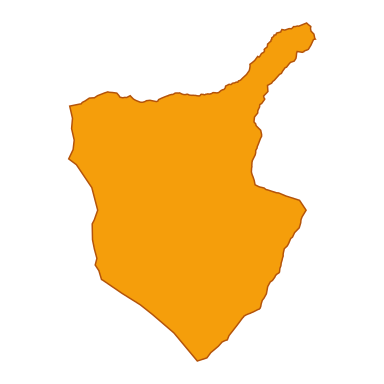 the district of Santa María Teopoxco, Puebla, Mexico
{"feature_id": "50627088B27256400122103", "entity_name": "Santa María Teopoxco", "entity_type": "district", "adm_level": 2, "iso_a3": "MEX", "parent_name": "Mexico", "parent_adm1": "Puebla", "projection": "albers", "projection_center": [-96.962, 18.176], "detail": "fine", "context": "isolated", "style": "filled", "palette": "amber", "viewbox_px": 384, "rotation_deg": 0, "n_neighbors": 0, "source": "geoboundaries", "source_scale": "gbopen_adm2", "svg_char_len": 4878}
<svg xmlns="http://www.w3.org/2000/svg" viewBox="0 0 384 384"><path d="M306.1,210.2L299.5,200.3L285.9,196.0L279.3,193.2L278.3,192.9L276.5,192.8L267.6,189.9L265.9,189.5L264.1,188.0L263.2,187.8L262.1,187.5L259.7,187.0L258.5,186.5L257.3,185.9L255.1,184.8L254.9,183.9L254.2,180.4L253.1,177.1L252.2,174.9L251.8,173.6L251.4,171.9L251.6,168.0L251.9,166.8L251.8,165.8L252.0,162.2L252.3,161.0L252.3,160.7L255.2,154.9L255.7,152.7L255.7,150.5L256.7,148.7L257.0,148.3L257.3,146.3L257.6,145.9L258.6,143.4L260.1,139.4L261.0,137.3L261.5,136.7L261.6,136.0L261.6,134.4L260.7,130.3L256.5,126.1L256.0,125.4L255.9,125.0L255.8,124.1L255.3,123.3L254.3,122.5L254.0,121.4L254.5,117.0L257.5,113.3L257.7,113.0L257.8,110.7L258.6,109.0L259.6,106.9L259.7,105.0L260.0,104.4L261.6,103.6L264.4,99.7L264.7,99.3L264.6,98.6L264.0,98.0L263.6,96.0L265.6,94.0L267.9,91.5L267.5,85.4L271.6,83.2L272.7,81.5L274.4,80.2L279.5,74.4L281.4,73.4L282.5,71.3L285.1,67.7L286.5,67.2L289.3,63.6L290.6,62.3L292.5,61.7L294.2,61.1L295.9,58.5L296.3,56.5L296.6,53.2L297.2,51.5L302.3,52.3L303.9,51.7L304.3,51.0L307.5,49.8L308.4,49.3L310.9,45.2L313.5,39.5L315.3,39.1L314.8,38.5L313.9,34.1L311.0,31.1L310.5,28.6L310.8,26.5L308.3,24.6L306.6,23.0L300.4,25.5L298.7,26.2L297.4,26.0L295.3,26.6L293.5,26.6L292.6,27.8L291.4,28.7L289.1,28.6L284.8,30.1L281.9,29.5L281.1,31.0L280.7,32.0L276.5,33.1L275.9,34.8L274.8,35.0L274.0,35.1L273.7,36.4L271.7,37.9L271.7,39.5L271.0,40.0L270.8,41.4L269.5,42.2L268.5,43.4L267.6,44.0L267.4,45.9L267.1,47.0L264.9,48.7L264.2,49.5L264.5,51.1L263.7,52.3L261.5,53.5L259.7,56.5L259.0,57.1L257.7,56.4L254.7,60.5L252.1,62.7L249.9,64.3L250.1,65.9L249.8,68.0L249.3,70.5L246.5,74.5L242.8,77.9L240.4,80.3L238.5,80.9L238.0,81.7L237.8,82.2L236.2,82.1L234.5,83.0L233.6,83.0L232.3,83.3L232.0,83.7L231.5,84.3L231.4,84.4L230.9,84.5L230.5,84.5L229.8,84.4L229.6,84.4L229.1,84.3L228.7,84.5L228.2,84.7L228.0,84.9L227.4,85.2L226.6,85.6L226.1,85.8L225.9,85.9L225.7,86.0L225.5,86.4L225.4,87.0L225.4,87.4L225.3,87.6L225.2,87.9L225.0,88.2L224.7,88.6L224.3,89.1L224.0,89.3L223.8,89.5L223.5,89.6L222.7,89.7L222.2,89.9L221.9,90.1L221.3,90.4L220.8,90.7L220.6,90.9L220.2,91.2L219.7,91.7L219.4,92.0L218.9,92.3L218.4,92.6L218.0,92.7L217.6,92.8L217.1,92.9L216.4,92.9L215.6,92.8L215.2,92.7L214.8,92.7L214.1,92.7L213.4,92.6L213.2,92.6L212.9,92.7L212.5,92.9L212.1,93.2L211.9,93.3L211.7,93.5L211.4,93.6L211.1,93.7L210.5,93.8L210.4,93.9L210.2,94.0L209.9,94.1L209.3,94.0L209.1,94.1L208.6,94.0L208.0,93.9L207.6,93.9L207.4,94.0L207.2,94.0L206.9,94.1L206.6,94.2L206.0,94.2L205.7,94.3L205.4,94.4L205.2,94.6L204.6,94.8L204.4,94.8L204.1,94.8L203.7,94.7L203.4,94.5L203.3,94.4L203.0,94.4L202.8,94.4L202.4,94.4L201.7,94.3L201.4,94.3L201.2,94.3L200.8,94.5L200.6,94.8L200.5,95.0L200.4,95.2L200.2,95.4L200.0,95.6L199.7,95.8L199.3,95.9L199.2,95.9L198.9,95.9L198.4,95.9L198.2,95.9L197.7,95.8L197.2,95.8L196.4,95.6L196.0,95.5L195.6,95.4L195.4,95.4L194.8,95.4L194.3,95.4L193.7,95.3L192.8,95.3L192.3,95.3L191.7,95.3L191.2,95.3L190.5,95.2L190.3,95.2L189.6,95.1L189.3,95.0L189.1,95.0L188.5,94.6L188.2,94.5L187.7,94.3L187.3,94.2L186.9,94.2L186.6,94.3L186.1,94.5L185.8,94.5L185.4,94.6L185.0,94.6L184.3,94.6L184.0,94.6L183.6,94.5L183.0,94.4L182.1,94.1L181.7,93.9L181.0,93.6L180.3,93.2L179.7,93.0L179.5,92.9L179.3,92.9L178.9,93.0L178.4,93.1L177.8,93.0L176.8,93.0L176.2,93.0L175.8,93.0L175.4,93.1L174.7,93.3L174.2,93.7L173.6,94.1L173.1,94.3L172.8,94.4L172.7,94.4L172.4,94.5L172.1,94.5L171.6,94.5L171.3,94.5L171.1,94.6L170.3,94.8L169.6,95.0L169.1,95.1L168.6,95.4L168.0,95.8L167.9,95.7L167.5,95.8L164.9,96.8L161.5,98.2L158.6,99.6L157.8,101.1L156.5,101.6L150.0,100.3L146.4,100.7L145.1,101.5L143.0,102.2L141.9,102.3L140.3,102.2L135.8,100.4L133.5,99.1L131.1,96.7L130.2,95.7L126.7,97.5L124.6,97.4L122.8,97.8L120.0,97.2L118.7,95.3L116.8,93.1L112.4,92.5L109.3,92.3L107.8,91.9L104.4,93.0L97.5,95.7L94.2,97.9L93.5,97.8L89.3,98.1L85.2,100.9L82.3,102.4L81.1,103.9L79.5,104.1L69.7,106.1L72.5,118.3L71.6,128.6L74.2,140.1L73.1,149.6L68.7,158.9L76.4,164.7L91.8,187.6L97.7,210.2L94.2,220.1L92.2,223.9L92.3,229.1L92.5,239.7L94.4,249.1L96.9,258.4L95.2,265.0L98.9,270.7L101.5,279.5L102.5,280.0L122.1,293.4L140.3,304.8L152.5,314.5L173.9,332.9L197.3,361.0L206.9,357.9L210.8,352.6L218.4,346.2L222.1,342.0L225.0,340.6L227.3,339.9L229.0,335.6L237.2,325.1L242.5,318.0L243.6,316.9L243.7,316.4L245.1,315.5L246.3,314.8L248.7,313.8L249.0,313.7L250.2,313.3L250.5,313.2L251.0,312.9L251.3,312.7L251.8,312.5L252.7,312.2L254.3,311.4L258.0,309.5L259.1,309.2L260.1,308.2L260.8,306.3L261.2,303.9L262.3,300.3L263.9,298.3L266.4,293.8L267.7,286.6L270.2,282.0L272.5,280.4L274.8,277.2L275.5,275.6L276.8,274.2L278.9,272.9L279.5,272.0L279.9,268.3L280.9,265.8L281.2,263.0L282.0,260.4L282.5,258.1L283.2,256.0L283.1,254.8L283.3,253.1L284.3,248.7L287.3,245.9L288.7,243.3L290.7,238.5L292.5,237.1L294.6,232.6L299.2,227.9L300.7,222.9L301.0,219.7L302.1,216.8L306.1,210.2Z" fill="#f59e0b" stroke="#b45309" stroke-width="1.5"/></svg>